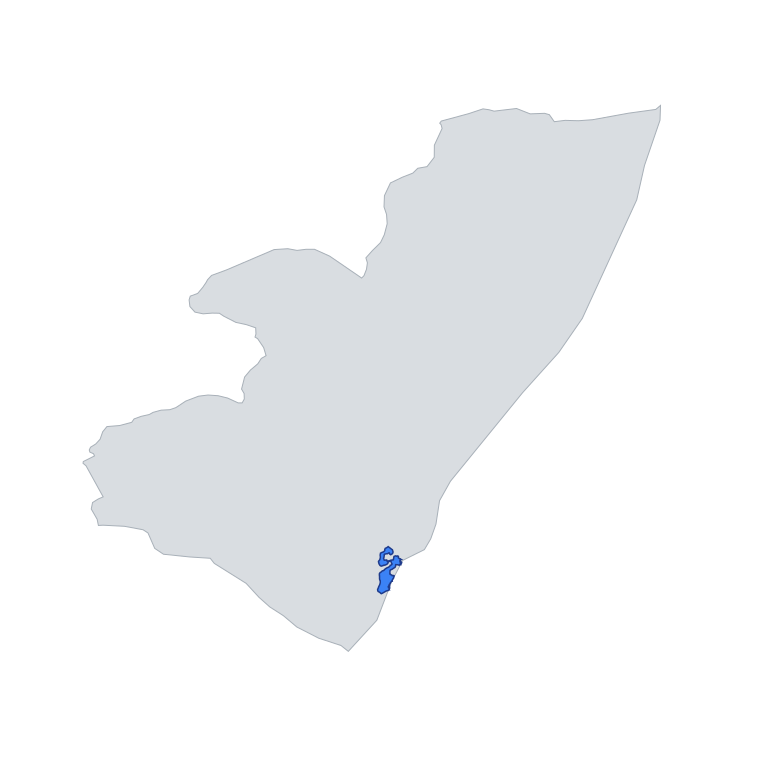 Dowein, Bomi, Liberia (highlighted), rotated 263°
{"feature_id": "62588387B7448810269647", "entity_name": "Dowein", "entity_type": "district", "adm_level": 2, "iso_a3": "LBR", "parent_name": "Liberia", "parent_adm1": "Bomi", "projection": "natural_earth1", "projection_center": [-10.878, 6.566], "detail": "fine", "context": "in_parent", "style": "filled", "palette": "blue", "viewbox_px": 768, "rotation_deg": 263, "n_neighbors": 0, "source": "geoboundaries", "source_scale": "gbopen_adm2", "svg_char_len": 6323}
<svg xmlns="http://www.w3.org/2000/svg" viewBox="0 0 768 768"><g transform="rotate(263 384 384)"><path d="M123.0,316.0L129.7,309.4L139.6,288.3L153.4,267.9L166.3,255.9L176.6,243.5L187.4,234.0L202.9,222.9L226.6,193.7L232.2,190.3L236.0,170.1L241.9,144.4L248.8,136.4L264.9,131.6L268.7,127.1L274.4,109.0L278.1,87.9L278.4,83.3L284.7,82.8L295.6,78.2L301.9,80.3L304.7,86.4L306.2,91.5L339.1,78.3L342.0,75.6L343.7,76.1L347.9,87.9L350.2,87.2L352.2,83.8L354.4,83.4L357.0,85.0L359.6,90.6L363.8,95.5L370.9,99.0L375.5,103.8L375.0,116.5L376.7,128.9L379.8,131.7L381.5,139.1L382.3,147.2L384.0,151.4L385.2,159.6L384.6,168.3L385.9,174.5L391.2,185.1L394.5,198.5L394.5,208.0L392.6,217.9L389.1,227.1L383.0,237.0L382.5,240.9L386.1,243.5L391.6,244.0L396.3,242.0L407.9,246.5L414.1,253.1L419.4,261.2L424.3,265.3L426.5,270.4L434.8,269.0L444.4,264.1L446.3,261.7L449.2,263.0L455.4,263.5L459.7,254.6L463.2,244.5L470.7,233.4L474.3,229.2L475.3,222.1L475.7,213.0L478.4,205.1L484.5,200.8L491.2,200.8L494.8,202.4L496.6,210.1L502.0,215.9L506.6,219.9L509.0,221.6L512.8,226.1L516.4,241.5L530.8,291.3L530.0,305.0L527.2,314.0L527.2,322.8L526.2,331.4L517.5,345.7L491.9,374.7L493.9,377.3L500.0,380.6L506.3,382.3L511.4,381.4L517.8,388.7L524.8,397.8L532.1,402.5L542.7,406.7L552.0,407.2L559.8,405.6L570.9,407.4L582.8,414.9L587.0,427.4L589.8,438.3L594.0,443.8L594.5,453.2L602.9,461.5L614.9,463.1L630.5,472.8L634.4,472.3L636.1,471.1L638.0,472.9L642.0,500.9L645.0,515.8L643.4,521.7L641.4,526.5L641.3,549.1L634.3,562.0L633.1,576.3L631.2,580.9L623.6,585.0L623.6,595.9L621.6,609.1L620.9,623.1L623.0,659.9L623.4,687.2L626.8,692.4L612.2,690.1L569.2,669.2L536.0,657.3L424.9,588.8L394.0,561.3L358.5,520.5L279.4,438.1L261.4,424.9L238.6,418.5L224.6,411.5L214.7,403.9L206.6,381.0L186.8,367.4L150.4,348.1L123.0,316.0Z" fill="#d9dde1" stroke="#a8b0b8" stroke-width="1"/><path d="M219.8,364.6L219.0,364.6L218.3,364.2L217.6,363.3L217.5,363.0L217.4,362.8L217.1,361.4L216.8,360.6L216.5,360.0L216.5,359.9L215.9,359.7L215.0,359.4L214.5,359.3L212.7,359.3L211.9,359.1L211.1,358.8L210.1,358.4L209.7,358.0L209.2,357.5L208.9,357.1L208.6,356.9L208.3,356.9L207.7,356.9L207.6,357.0L207.2,357.0L206.2,357.1L205.1,357.6L204.4,357.9L204.3,358.0L204.1,358.3L203.7,358.8L203.6,359.0L203.6,359.7L204.0,361.0L203.9,361.0L204.0,361.8L204.0,362.0L204.2,362.7L204.2,363.1L204.2,363.5L204.4,363.8L204.7,364.8L205.2,365.6L205.6,366.0L206.1,366.2L206.5,366.3L206.8,366.7L207.2,367.3L207.3,368.3L207.5,369.0L207.3,369.3L206.1,369.5L205.3,369.6L204.7,370.0L204.1,369.9L203.7,369.4L203.4,368.8L203.3,368.5L203.3,368.2L203.2,368.2L202.9,367.9L202.5,367.5L202.0,366.8L201.8,366.4L201.6,366.2L201.4,365.3L201.2,364.5L200.9,364.1L200.9,363.9L200.8,363.6L200.6,363.3L200.2,362.5L199.6,361.7L199.2,361.3L199.0,361.2L198.8,360.5L198.8,359.9L198.6,359.4L198.4,359.0L198.0,358.6L197.5,357.7L197.4,357.3L196.7,356.6L196.2,356.3L194.8,356.1L194.7,356.2L192.5,356.0L190.9,355.8L189.5,356.1L189.4,356.1L189.2,356.3L187.4,356.1L186.5,355.8L185.0,355.1L183.4,354.0L181.7,353.2L181.1,352.7L180.7,352.6L180.1,352.6L179.4,352.6L179.0,352.9L178.7,353.0L178.3,353.6L178.1,353.9L177.3,354.8L177.1,354.9L176.9,355.1L176.5,355.3L176.3,355.8L176.2,356.0L176.3,356.2L176.6,357.1L176.9,357.7L176.9,357.8L177.0,358.0L177.6,359.4L178.3,361.1L178.4,361.9L178.5,362.4L178.5,362.9L178.8,363.3L179.2,363.9L179.1,364.2L179.6,364.1L180.3,364.5L180.9,364.9L181.1,364.7L181.2,363.7L181.3,363.7L181.8,363.5L182.4,363.5L182.5,363.6L182.5,363.9L182.3,364.3L182.7,365.0L183.0,365.0L183.2,364.3L183.5,364.3L184.3,364.8L184.6,365.0L184.9,365.8L185.3,366.0L185.7,366.1L185.8,366.0L186.3,366.5L187.3,367.6L187.3,368.2L187.6,368.2L187.8,368.0L188.1,368.1L188.5,368.4L189.0,368.9L189.7,369.2L189.9,369.4L190.1,369.8L191.6,370.3L192.0,370.6L192.4,370.7L192.7,370.3L192.8,369.7L192.7,368.8L193.3,368.6L193.6,368.1L194.1,367.2L194.6,367.1L194.7,366.7L195.1,366.7L195.2,366.8L195.4,366.8L195.6,366.8L196.3,366.9L196.5,366.9L196.9,367.0L198.1,367.3L198.3,367.3L198.6,367.8L198.7,368.0L198.8,368.4L198.9,368.7L199.1,369.4L199.1,369.5L199.4,370.0L199.5,370.1L199.7,370.5L199.8,370.6L199.9,370.8L199.9,371.0L200.2,371.5L200.3,371.8L200.6,372.5L201.1,372.9L201.9,373.3L202.1,373.3L202.6,373.4L203.1,373.5L203.3,373.6L203.1,374.5L202.9,375.7L202.6,376.3L202.5,376.8L202.2,377.0L202.3,377.1L202.5,377.2L202.6,377.4L202.8,377.5L202.7,377.7L202.6,377.8L202.7,378.0L202.8,378.2L202.7,378.4L202.6,378.6L202.6,378.8L202.8,378.8L203.0,378.8L203.0,378.6L203.1,378.4L203.2,378.5L203.3,378.6L203.5,378.5L203.5,378.4L203.8,378.5L203.6,378.8L203.6,379.0L203.9,379.3L203.9,379.2L204.0,379.1L204.0,378.9L204.2,378.7L204.3,378.7L204.6,378.4L204.9,378.5L205.1,378.6L205.3,378.8L205.2,379.2L205.2,379.3L205.5,379.3L205.6,379.2L205.8,378.7L205.9,378.4L205.9,378.2L206.0,378.2L206.1,378.5L206.5,378.6L206.7,378.4L206.8,378.3L207.0,378.4L207.2,378.5L207.2,378.8L207.4,378.8L207.4,379.0L207.5,379.3L207.7,379.2L207.8,379.3L207.8,379.6L208.1,379.2L208.5,378.9L208.6,378.7L208.7,378.4L208.7,378.2L209.0,377.9L209.2,377.7L209.4,377.4L209.7,377.1L209.8,377.1L210.3,377.1L210.8,377.3L211.0,377.3L211.1,377.2L211.3,377.0L211.5,377.1L211.8,377.2L211.7,377.2L211.7,376.7L211.6,376.2L211.5,375.8L211.5,375.7L211.7,375.2L211.8,375.1L211.9,374.9L212.0,374.8L211.9,374.2L211.9,373.9L211.8,373.5L211.7,373.0L211.6,372.9L211.1,372.7L210.7,372.6L210.4,372.5L210.2,372.5L209.6,372.2L209.3,372.1L208.7,372.0L208.4,371.9L208.3,371.4L208.3,370.7L208.3,370.4L208.3,369.5L208.2,368.7L208.0,368.3L208.0,368.1L207.9,367.7L207.9,367.0L207.7,366.4L207.5,365.8L207.4,365.7L207.5,365.6L208.1,365.5L208.3,365.5L208.5,365.5L208.5,365.4L208.6,365.1L209.0,365.0L209.1,364.9L209.1,364.7L209.0,363.5L209.0,363.4L209.1,363.0L209.1,362.9L209.2,362.7L209.3,362.7L210.0,362.6L210.7,362.4L211.1,362.3L211.3,362.4L211.8,362.8L212.2,362.9L212.6,363.0L213.4,363.2L214.0,363.4L214.5,363.4L214.6,363.5L214.8,363.5L215.0,363.7L215.0,363.8L215.0,364.0L215.1,364.5L215.1,364.8L215.2,365.4L215.2,366.0L215.1,366.7L215.1,366.9L215.3,367.2L215.5,367.5L215.7,368.0L215.8,368.3L215.7,368.7L215.3,368.8L215.2,368.9L214.8,368.9L214.6,369.0L214.4,369.0L213.7,369.9L214.5,371.6L214.8,371.8L215.1,372.0L215.4,372.3L216.2,372.4L216.3,372.5L218.1,372.2L218.3,372.1L218.5,372.1L219.0,371.5L220.4,370.1L220.5,370.0L221.8,368.6L222.1,368.3L221.8,367.9L221.0,366.3L220.8,365.3L219.8,364.6Z" fill="#3b82f6" stroke="#1e3a8a" stroke-width="1.5"/></g></svg>